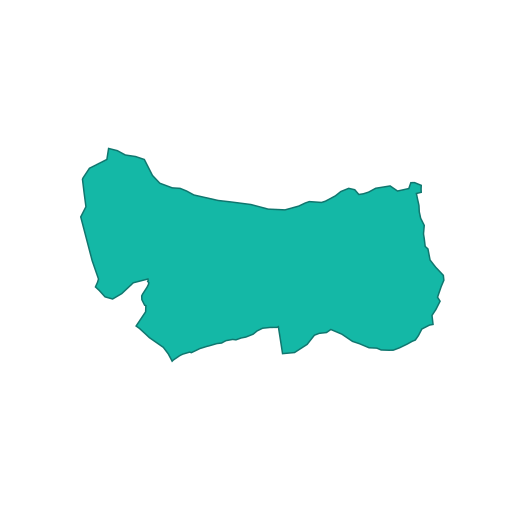 Lamurde, Adamawa, Nigeria (Natural Earth projection), rotated 203°
{"feature_id": "59680162B57364751970918", "entity_name": "Lamurde", "entity_type": "district", "adm_level": 2, "iso_a3": "NGA", "parent_name": "Nigeria", "parent_adm1": "Adamawa", "projection": "natural_earth1", "projection_center": [11.67, 9.557], "detail": "fine", "context": "isolated", "style": "filled", "palette": "teal", "viewbox_px": 512, "rotation_deg": 203, "n_neighbors": 0, "source": "geoboundaries", "source_scale": "gbopen_adm2", "svg_char_len": 1916}
<svg xmlns="http://www.w3.org/2000/svg" viewBox="0 0 512 512"><g transform="rotate(203 256 256)"><path d="M131.5,385.6L138.8,385.5L142.1,384.0L141.7,377.8L151.1,371.1L159.9,372.9L172.3,365.1L177.3,358.8L181.5,355.2L185.4,352.8L191.0,355.6L197.1,354.5L203.1,348.5L206.4,342.4L213.5,333.6L216.6,330.9L228.2,326.9L231.5,323.9L236.1,318.7L247.3,309.8L263.1,303.9L280.8,301.4L300.4,295.9L312.6,292.3L337.0,287.9L345.3,288.7L352.3,288.6L359.7,286.0L373.0,285.4L382.8,289.7L396.5,301.2L405.7,300.5L415.8,297.9L424.8,298.8L433.7,297.4L431.0,286.6L443.6,271.7L445.7,260.4L445.7,258.8L438.8,246.8L431.8,234.9L432.6,223.5L405.0,187.7L392.0,173.3L391.6,169.8L391.7,164.8L387.0,163.1L385.9,162.6L379.0,159.4L371.2,160.4L364.9,168.9L358.5,183.4L346.5,192.6L345.6,191.2L345.8,190.3L344.2,189.5L343.9,187.6L344.1,184.6L345.5,176.7L345.6,174.6L344.0,171.2L339.3,167.2L338.0,167.3L335.8,161.5L339.0,144.7L335.0,143.8L327.1,141.0L322.3,139.2L305.6,135.7L298.5,131.6L292.1,126.4L291.5,127.9L287.4,134.3L286.6,135.3L285.0,137.1L279.4,141.7L277.8,141.7L274.6,145.3L271.4,149.0L269.9,150.2L265.8,153.7L264.4,154.7L261.1,157.4L257.8,160.1L253.6,162.5L252.4,164.1L250.5,166.4L244.9,170.1L241.7,171.0L237.7,174.7L233.7,177.4L228.1,182.9L225.7,187.5L221.7,192.1L215.2,195.7L208.8,198.5L207.8,199.7L193.4,176.5L182.8,182.2L174.4,194.6L171.3,205.9L167.6,209.5L161.2,213.1L158.4,217.6L146.4,217.6L133.8,215.1L126.3,215.7L125.6,215.7L119.2,215.7L116.1,215.7L108.8,218.4L104.1,218.4L96.8,221.2L92.8,223.0L88.0,227.6L82.4,234.0L78.9,238.5L76.5,240.9L75.4,246.1L74.8,253.6L69.3,260.2L66.3,262.2L70.8,270.1L69.5,277.1L68.9,286.3L72.8,289.0L73.6,300.3L73.6,307.1L76.0,311.4L86.3,315.9L94.2,320.3L100.5,329.7L104.0,330.9L107.9,337.7L110.4,341.7L111.1,343.7L111.1,343.8L113.1,349.9L119.2,355.1L123.0,360.5L125.6,365.9L126.6,367.4L129.4,371.3L132.8,376.2L128.8,379.2L130.2,382.1L131.5,385.6Z" fill="#14b8a6" stroke="#0f766e" stroke-width="1.5"/></g></svg>